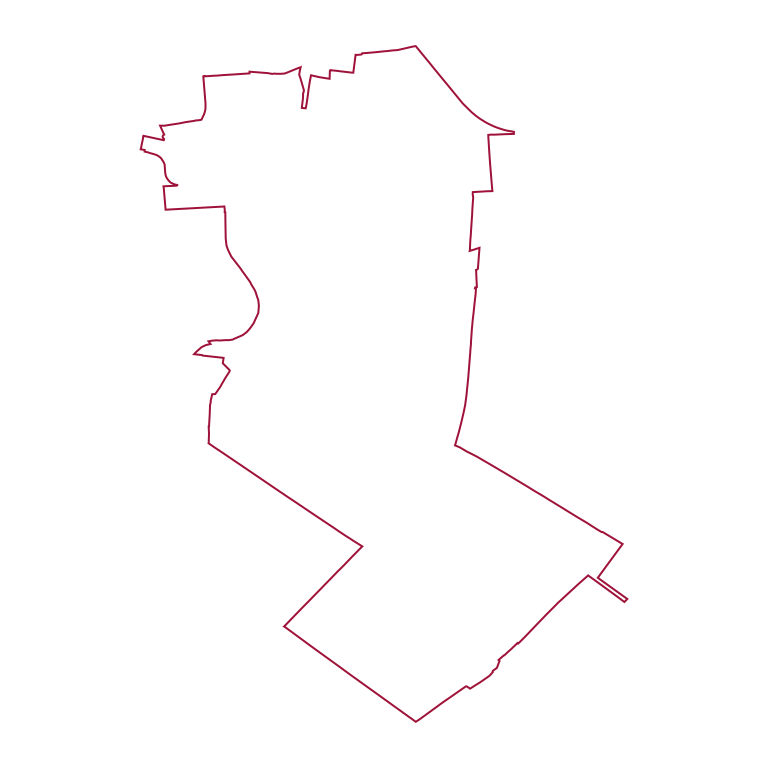 the district of Glina, Ilfov, Romania
{"feature_id": "2599482B82334086063532", "entity_name": "Glina", "entity_type": "district", "adm_level": 2, "iso_a3": "ROU", "parent_name": "Romania", "parent_adm1": "Ilfov", "projection": "natural_earth1", "projection_center": [26.243, 44.373], "detail": "fine", "context": "isolated", "style": "outline", "palette": "rose", "viewbox_px": 768, "rotation_deg": 0, "n_neighbors": 0, "source": "geoboundaries", "source_scale": "gbopen_adm2", "svg_char_len": 5149}
<svg xmlns="http://www.w3.org/2000/svg" viewBox="0 0 768 768"><path d="M627.3,599.0L617.3,591.8L597.8,577.8L606.2,566.3L607.6,564.4L612.1,558.3L617.9,550.4L620.5,546.9L622.6,544.0L602.6,532.0L601.7,532.1L597.5,529.6L591.6,525.9L586.7,522.7L578.9,518.1L573.5,514.8L558.9,505.8L548.7,499.6L544.0,496.6L534.2,490.8L527.8,486.8L521.3,482.9L512.5,477.6L496.5,468.1L484.0,460.8L477.0,456.7L471.0,453.6L466.9,451.6L459.7,447.3L455.0,445.4L455.2,444.8L457.3,437.4L458.9,431.9L461.5,421.6L463.7,412.1L465.1,405.4L466.5,395.0L467.0,389.7L467.7,383.1L468.2,378.1L469.3,364.6L469.3,364.2L470.3,351.8L470.4,350.0L470.4,349.8L471.0,343.5L470.9,343.0L471.3,337.3L472.0,327.3L472.1,326.9L472.7,320.2L473.7,311.6L474.6,302.8L474.7,301.9L475.6,294.3L476.0,288.2L476.0,287.9L475.0,288.1L475.2,287.4L476.9,287.0L476.5,279.5L476.1,269.9L476.9,269.7L477.9,268.8L479.5,247.8L473.7,249.7L469.7,250.9L469.9,249.8L470.2,242.7L470.5,237.9L470.7,236.4L471.4,225.2L472.1,215.2L472.4,208.8L472.7,204.5L473.2,197.5L472.7,194.4L472.8,192.1L481.2,191.6L486.1,191.3L492.4,191.1L491.5,181.1L490.8,172.3L490.1,163.9L489.3,152.5L488.4,138.1L488.3,134.9L491.6,134.6L493.5,134.7L504.4,134.2L513.9,133.9L513.9,132.1L513.9,131.8L506.9,130.6L503.7,129.8L497.8,127.9L493.7,126.3L488.2,123.7L484.8,121.8L479.4,118.4L475.8,115.7L471.6,112.2L465.5,106.2L462.5,103.2L447.4,84.7L445.7,82.7L434.2,68.7L429.3,62.6L427.2,60.1L415.8,46.2L415.2,46.1L410.0,47.2L408.4,47.6L397.5,50.1L394.1,50.3L391.9,50.5L387.8,51.0L384.2,51.3L375.7,52.2L366.5,53.0L363.3,53.2L362.1,53.3L361.7,54.3L360.3,54.7L359.4,54.7L358.6,54.8L357.3,54.9L356.5,55.0L355.6,54.8L353.3,72.7L351.5,72.6L338.8,71.1L335.7,70.7L335.2,70.7L334.4,70.6L333.4,70.5L331.8,70.3L331.0,70.2L331.0,70.6L330.5,70.8L329.9,70.7L329.6,78.8L319.6,77.2L311.0,75.3L309.9,81.0L308.6,89.1L307.8,95.6L306.5,104.3L305.7,108.3L301.8,107.9L303.0,98.0L303.1,93.2L303.6,92.3L303.9,90.1L300.4,78.1L299.2,74.8L299.7,71.3L300.6,67.3L300.2,67.5L299.5,67.6L298.7,67.9L298.1,68.2L297.4,68.4L291.0,71.0L286.1,73.0L284.6,73.5L280.9,73.8L276.9,73.8L274.1,73.6L272.2,73.9L267.7,73.1L249.5,71.7L249.5,73.4L242.0,73.9L234.5,74.4L223.0,75.1L218.2,75.5L215.8,75.7L214.2,75.7L211.5,75.9L208.8,76.1L204.8,76.3L204.8,76.0L203.5,76.1L203.3,76.4L205.5,103.3L205.5,106.0L205.5,107.9L205.4,108.6L205.3,110.0L204.5,113.0L203.8,114.8L201.5,119.6L200.7,119.9L198.1,120.3L196.7,120.3L193.3,121.0L185.8,122.1L178.7,123.5L170.1,124.8L163.8,125.8L162.3,125.6L161.3,125.7L160.1,125.7L163.6,133.4L164.2,134.6L163.7,134.8L163.2,135.3L162.9,135.7L162.7,136.3L162.7,137.1L163.0,137.8L163.4,138.3L164.0,138.9L164.1,139.3L164.0,139.7L163.7,140.2L161.9,139.8L143.4,135.8L143.1,137.0L143.3,137.1L142.3,141.7L141.0,148.1L140.7,149.3L144.7,150.0L144.6,151.6L148.5,152.5L150.3,153.2L152.0,153.6L154.4,154.3L155.9,154.8L157.7,155.6L160.0,157.2L161.3,158.5L163.6,162.1L164.6,164.4L165.2,172.5L165.6,174.9L166.0,176.4L166.8,178.0L167.8,179.5L168.7,180.6L170.5,182.5L174.0,184.2L176.1,184.8L178.0,185.0L176.8,185.5L176.4,185.7L163.5,186.3L163.8,188.5L165.6,209.7L224.4,206.5L224.8,210.2L224.7,212.2L225.3,212.3L225.4,220.2L225.7,238.3L226.5,245.6L228.0,249.9L231.3,256.6L240.6,268.6L242.5,271.5L243.3,272.5L250.2,282.1L251.1,284.1L254.4,289.5L255.5,291.8L257.1,296.8L258.3,300.1L258.9,305.8L258.3,313.0L253.6,323.3L249.9,328.5L246.8,332.0L242.9,335.0L239.8,336.4L234.9,338.5L232.6,339.6L229.2,340.1L225.8,340.1L219.9,340.5L216.1,340.3L211.9,340.7L208.5,341.3L210.5,344.0L205.6,345.2L201.5,347.2L195.6,352.5L194.1,354.2L202.2,355.1L202.7,355.6L222.1,357.7L223.6,357.9L222.8,363.3L229.4,369.9L229.8,370.5L229.2,372.1L226.4,376.3L225.2,378.2L223.6,381.0L222.2,383.3L220.4,386.6L220.1,387.2L219.0,388.7L215.2,394.1L212.2,394.2L211.2,398.7L210.7,400.6L210.7,401.4L210.7,402.1L210.7,402.5L210.4,403.5L210.3,403.8L210.2,404.3L210.1,405.0L210.0,405.8L210.0,406.0L209.7,414.8L209.0,426.6L208.7,426.6L209.0,434.0L208.9,436.8L208.7,443.1L208.6,443.3L215.4,448.0L222.8,452.9L236.2,462.0L257.0,476.1L275.8,488.9L288.2,497.3L292.3,500.0L292.6,500.2L309.7,511.7L318.2,517.4L334.8,528.5L338.1,530.8L345.3,535.6L348.8,537.8L354.0,541.2L362.3,546.4L359.2,549.5L354.1,554.7L352.5,556.3L343.4,565.8L338.4,570.7L332.0,577.3L331.7,577.6L323.2,586.3L321.5,588.1L312.5,597.3L310.9,599.0L301.9,608.1L300.2,609.9L295.8,614.4L284.1,626.5L284.4,626.6L312.0,646.9L341.7,668.4L350.0,674.5L362.8,683.7L375.5,692.8L386.2,700.5L403.4,712.9L408.7,716.7L410.5,718.0L410.9,718.2L411.9,719.0L415.8,721.8L419.5,719.4L430.2,711.6L437.2,706.5L439.9,704.5L441.0,703.7L442.0,703.0L443.8,701.7L448.3,698.6L462.8,688.5L466.0,686.3L466.4,686.4L466.8,686.5L468.8,687.7L470.0,688.7L474.2,686.0L475.8,685.0L479.7,682.6L489.5,675.8L492.8,672.1L492.6,671.7L492.9,670.8L496.9,667.9L499.5,661.0L498.5,660.0L503.8,655.4L504.4,655.3L506.4,653.4L508.2,651.7L509.6,650.5L509.8,650.3L511.6,648.7L513.0,647.3L514.4,646.0L515.1,645.3L515.8,644.6L516.6,643.9L517.5,643.0L518.1,643.6L518.8,643.0L520.5,641.3L522.7,639.1L525.4,636.4L531.9,629.6L535.6,625.7L546.5,614.4L555.1,605.8L558.2,602.6L560.9,600.2L566.6,594.9L578.8,583.7L580.7,582.0L588.2,575.4L588.5,575.7L602.7,586.0L619.5,598.3L624.4,602.0L627.3,599.0Z" fill="none" stroke="#9f1239" stroke-width="2"/></svg>